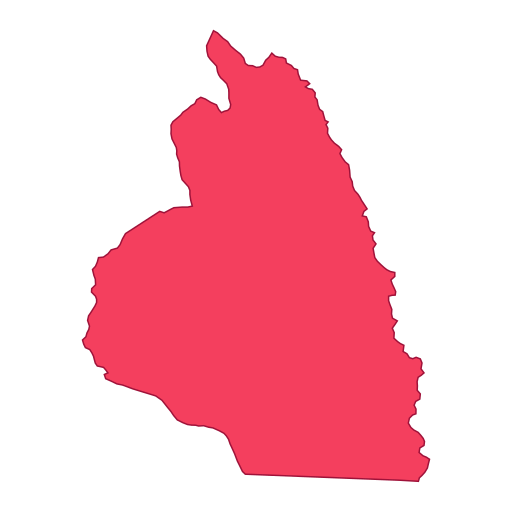 outline of Figueirópolis D'Oeste, Mato Grosso, Brazil
{"feature_id": "56859067B94732252375556", "entity_name": "Figueirópolis D'Oeste", "entity_type": "district", "adm_level": 2, "iso_a3": "BRA", "parent_name": "Brazil", "parent_adm1": "Mato Grosso", "projection": "mercator", "projection_center": [-58.701, -15.494], "detail": "fine", "context": "isolated", "style": "filled", "palette": "rose", "viewbox_px": 512, "rotation_deg": 0, "n_neighbors": 0, "source": "geoboundaries", "source_scale": "gbopen_adm2", "svg_char_len": 3374}
<svg xmlns="http://www.w3.org/2000/svg" viewBox="0 0 512 512"><path d="M271.8,53.1L268.9,57.3L265.7,60.2L263.0,65.2L259.8,67.0L256.3,67.4L252.6,65.7L248.2,65.5L245.3,63.4L243.7,58.1L240.5,54.2L235.8,50.5L230.7,46.1L227.7,41.7L223.1,38.4L217.5,32.9L213.5,30.7L206.6,45.8L207.0,51.2L208.1,56.2L210.3,59.3L213.3,62.5L216.6,66.1L217.5,71.5L218.7,74.7L220.6,77.7L223.5,80.4L226.8,83.8L228.7,89.2L228.9,92.7L228.9,98.4L230.7,104.5L230.1,108.0L227.7,110.4L224.4,111.2L221.4,112.6L218.7,109.5L216.5,104.9L210.8,102.4L205.3,99.0L200.8,97.3L196.7,99.8L194.8,103.7L191.1,105.8L187.7,109.0L182.9,112.3L180.8,115.1L177.5,117.9L172.9,121.7L171.0,125.2L171.2,129.4L171.0,133.8L172.0,138.9L173.9,142.7L176.3,147.5L176.8,150.8L176.6,154.1L177.7,157.8L179.4,161.8L179.5,166.0L180.2,171.3L180.9,175.5L182.1,179.7L188.4,186.7L189.9,190.4L189.9,194.5L190.7,200.1L192.3,206.1L187.7,207.1L181.9,207.1L173.9,207.7L170.5,209.4L167.2,211.2L164.1,212.8L159.7,211.4L125.5,233.6L122.5,238.9L120.1,244.6L117.4,248.1L111.1,249.9L108.0,253.8L103.4,257.1L98.5,257.6L97.3,262.1L95.5,266.3L92.5,269.5L93.9,275.3L95.3,279.1L95.6,284.8L91.7,288.6L91.5,292.1L95.5,296.2L96.6,299.2L96.6,302.5L94.9,306.1L90.8,312.6L88.6,315.8L87.6,320.4L89.5,326.1L88.8,329.4L87.0,332.9L85.9,336.8L82.5,340.0L83.7,344.1L85.4,347.6L89.8,349.6L91.9,352.9L93.5,356.2L94.3,359.4L95.3,363.1L97.3,366.0L100.6,366.7L103.6,367.4L105.8,370.0L107.9,372.9L104.3,374.5L105.7,378.7L110.9,381.0L116.9,383.9L122.5,385.0L132.7,388.8L142.4,391.8L151.6,394.6L155.7,395.9L162.0,400.3L167.6,407.4L170.8,411.3L173.7,415.6L177.3,419.9L182.9,422.7L187.5,424.5L191.6,425.1L195.6,425.2L198.6,426.0L203.7,425.7L208.6,427.2L212.9,427.9L219.2,430.7L224.0,433.3L226.3,435.8L228.5,439.2L230.1,443.9L231.7,447.3L234.6,453.7L237.4,461.1L239.2,464.7L242.5,471.5L245.3,474.2L399.5,480.2L418.4,481.3L419.4,477.8L422.0,475.4L424.8,472.3L427.4,468.0L428.4,463.6L429.5,459.3L426.4,457.2L423.0,455.8L419.1,452.5L419.8,448.0L424.0,445.4L424.5,441.5L423.2,438.4L421.1,435.7L418.2,432.4L413.8,430.0L410.9,427.5L408.3,423.1L409.4,418.2L412.6,415.0L415.9,413.8L416.0,409.1L414.1,405.2L415.7,401.4L419.8,399.1L420.3,393.9L417.2,390.3L417.4,385.9L417.1,381.7L418.1,377.3L421.2,375.3L424.0,372.9L421.0,368.8L422.0,363.0L420.3,358.9L416.1,357.3L412.8,358.7L409.4,357.7L407.0,353.8L403.1,351.5L403.9,345.3L400.2,343.5L397.6,341.6L393.9,338.2L394.2,332.6L392.3,328.2L395.0,324.4L397.3,320.9L392.5,318.2L391.5,314.0L391.8,309.4L389.8,304.3L388.6,300.7L388.6,296.2L392.0,295.3L395.2,295.1L395.7,291.7L394.2,288.2L392.3,284.2L390.9,280.0L394.8,276.4L394.8,272.5L390.3,271.5L386.9,269.8L384.2,267.7L380.8,264.6L377.3,261.2L374.8,257.6L373.9,252.9L373.1,248.3L376.0,243.9L373.0,240.0L372.4,235.8L374.5,232.7L370.7,231.1L368.6,226.4L368.3,221.8L366.3,216.8L362.3,215.9L363.9,211.4L367.1,208.9L363.9,204.0L361.5,200.4L360.0,197.4L358.0,194.3L354.5,190.5L352.7,186.1L352.2,181.7L350.1,177.1L349.6,170.2L348.6,164.7L345.2,161.9L342.0,157.5L339.9,153.6L341.6,149.7L338.7,146.4L334.4,143.2L331.4,139.9L329.4,136.9L327.5,133.3L327.8,128.2L326.0,124.6L328.1,121.9L325.1,120.4L323.9,116.2L322.7,111.6L319.6,109.3L318.0,105.2L317.1,99.8L314.9,97.0L315.2,92.9L312.3,89.3L308.3,88.6L305.4,86.9L309.7,83.7L306.9,80.9L300.6,80.2L298.2,74.0L297.5,69.7L293.9,68.5L291.4,65.5L286.4,63.0L285.7,58.9L282.5,57.4L279.0,57.3L275.2,56.2L271.8,53.1Z" fill="#f43f5e" stroke="#9f1239" stroke-width="1.5"/></svg>